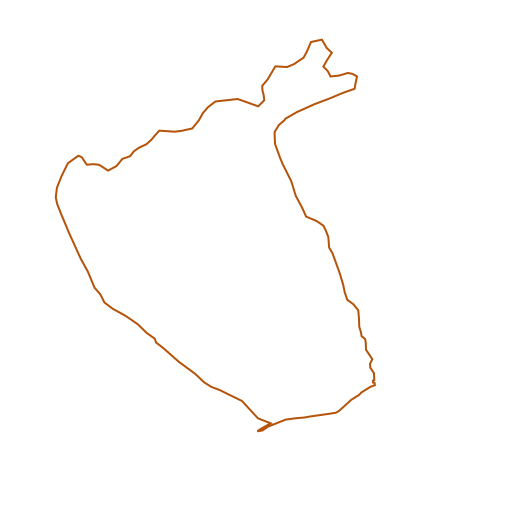 Tuobo, River Gee, Liberia, rotated 247°
{"feature_id": "62588387B28588993408977", "entity_name": "Tuobo", "entity_type": "district", "adm_level": 2, "iso_a3": "LBR", "parent_name": "Liberia", "parent_adm1": "River Gee", "projection": "equal_earth", "projection_center": [-7.667, 5.015], "detail": "fine", "context": "isolated", "style": "outline", "palette": "amber", "viewbox_px": 512, "rotation_deg": 247, "n_neighbors": 0, "source": "geoboundaries", "source_scale": "gbopen_adm2", "svg_char_len": 2024}
<svg xmlns="http://www.w3.org/2000/svg" viewBox="0 0 512 512"><g transform="rotate(247 256 256)"><path d="M371.4,412.1L375.0,414.4L381.8,419.1L386.0,415.9L388.6,412.1L389.6,403.0L392.1,394.8L398.2,394.3L404.0,392.0L408.1,397.3L413.5,405.2L419.8,402.4L429.4,401.2L431.5,390.2L424.2,382.6L420.0,377.3L417.8,366.1L417.8,358.5L423.0,347.9L414.0,335.7L410.2,328.2L405.9,326.6L401.4,326.0L396.1,324.4L392.9,316.5L401.8,306.9L407.7,300.4L414.1,279.0L411.8,270.1L408.4,263.1L403.2,256.4L398.3,247.1L400.2,237.0L400.6,235.3L402.2,229.7L409.2,215.9L406.7,210.6L403.9,205.1L401.7,198.8L401.4,190.4L400.1,184.5L397.1,179.3L397.6,170.8L394.5,165.1L393.3,162.7L392.4,153.2L397.2,150.0L401.4,147.1L404.0,142.3L406.2,135.9L415.1,134.2L417.7,131.6L414.9,119.1L405.5,108.2L396.6,99.4L388.2,94.6L381.5,93.3L368.8,93.0L361.8,93.0L351.4,92.9L322.0,93.6L307.7,95.1L289.9,95.0L281.6,97.7L272.5,98.3L264.6,102.8L263.5,103.4L252.1,112.4L239.4,120.5L227.7,125.4L220.6,129.8L219.4,130.5L215.4,130.2L207.4,134.7L193.2,141.5L188.6,143.7L171.4,153.9L159.8,159.0L152.9,163.8L146.6,170.4L138.1,177.7L128.1,186.4L105.8,194.4L96.3,204.1L94.8,191.8L94.1,188.7L92.9,193.8L93.8,198.5L94.2,200.8L94.0,210.0L93.8,219.4L91.1,229.2L88.5,237.2L87.0,243.6L82.3,261.1L80.5,268.3L80.7,269.8L81.0,272.1L81.6,273.7L83.0,277.8L86.4,287.5L87.9,296.8L89.2,299.6L90.9,310.5L90.6,314.9L93.0,315.6L93.8,314.3L95.4,314.8L95.8,315.8L95.6,316.4L102.1,318.8L108.6,317.6L112.2,318.8L115.5,322.7L120.6,321.8L126.7,320.6L133.1,323.1L136.9,324.0L137.9,323.5L140.9,321.9L145.0,322.8L150.5,323.4L158.3,326.4L166.1,328.9L173.5,326.8L180.0,322.9L181.3,323.0L188.0,323.5L195.4,325.0L207.2,326.3L228.8,327.5L235.1,326.6L245.3,330.0L252.4,330.2L257.5,329.9L262.6,326.7L264.6,325.4L272.7,317.5L275.4,317.5L283.0,317.3L295.9,316.1L307.3,317.3L311.5,317.7L315.3,317.4L329.8,316.5L336.8,316.5L351.6,317.3L357.4,319.4L362.9,321.6L367.8,328.5L369.8,335.2L370.9,336.7L372.5,349.9L372.9,368.9L372.3,384.3L372.2,387.9L372.2,399.7L371.4,412.1Z" fill="none" stroke="#b45309" stroke-width="2"/></g></svg>